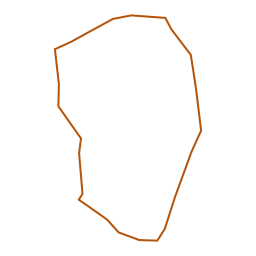 San Andrés Lagunas, Oaxaca, Mexico
{"feature_id": "50627088B92611149671356", "entity_name": "San Andrés Lagunas", "entity_type": "district", "adm_level": 2, "iso_a3": "MEX", "parent_name": "Mexico", "parent_adm1": "Oaxaca", "projection": "natural_earth1", "projection_center": [-97.531, 17.586], "detail": "fine", "context": "isolated", "style": "outline", "palette": "amber", "viewbox_px": 256, "rotation_deg": 0, "n_neighbors": 0, "source": "geoboundaries", "source_scale": "gbopen_adm2", "svg_char_len": 464}
<svg xmlns="http://www.w3.org/2000/svg" viewBox="0 0 256 256"><path d="M190.8,54.9L171.3,29.2L165.3,17.9L131.3,15.4L113.0,18.9L91.1,30.8L70.9,41.9L54.9,49.2L58.9,84.0L58.4,106.4L81.0,138.4L79.1,153.3L82.5,193.9L78.8,199.7L81.1,201.3L92.4,209.2L107.2,219.7L116.9,230.5L118.6,232.4L128.0,235.9L139.1,240.0L146.1,240.3L157.3,240.6L164.8,228.9L174.8,197.6L191.5,151.8L201.1,130.6L196.4,91.6L193.9,74.7L190.8,54.9Z" fill="none" stroke="#b45309" stroke-width="2"/></svg>